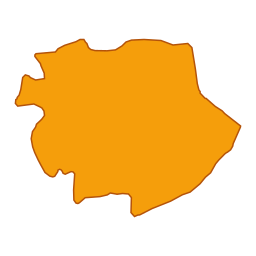 the district of San Rafael Las Flores, Santa Rosa, Guatemala
{"feature_id": "79465075B42432820540382", "entity_name": "San Rafael Las Flores", "entity_type": "district", "adm_level": 2, "iso_a3": "GTM", "parent_name": "Guatemala", "parent_adm1": "Santa Rosa", "projection": "robinson", "projection_center": [-90.174, 14.448], "detail": "fine", "context": "isolated", "style": "filled", "palette": "amber", "viewbox_px": 256, "rotation_deg": 0, "n_neighbors": 0, "source": "geoboundaries", "source_scale": "gbopen_adm2", "svg_char_len": 1402}
<svg xmlns="http://www.w3.org/2000/svg" viewBox="0 0 256 256"><path d="M240.6,126.0L224.7,113.6L222.2,110.9L215.2,106.4L206.1,98.4L205.1,98.4L200.1,93.1L200.1,91.5L198.9,89.9L197.3,83.6L195.4,69.1L191.9,47.6L187.8,43.5L173.0,45.0L160.9,40.5L144.0,39.5L131.5,40.1L126.0,42.0L121.9,46.0L115.5,49.9L107.1,50.8L95.1,50.6L90.7,49.5L88.4,47.5L86.9,43.5L85.5,42.2L83.9,39.5L80.0,39.5L76.0,41.7L64.7,45.3L58.1,48.7L55.4,52.0L36.0,53.7L34.9,54.9L34.9,56.5L40.4,63.6L41.0,65.8L44.2,73.1L44.5,78.6L35.6,80.0L30.4,77.6L29.0,76.0L25.3,74.9L22.7,77.5L20.8,89.5L19.1,95.2L17.2,97.4L17.0,98.8L15.8,99.6L15.4,103.4L17.7,106.1L33.9,104.0L40.2,107.0L41.9,108.0L44.0,111.1L44.5,115.5L41.7,119.3L36.5,124.2L35.6,127.1L32.5,131.6L31.2,138.7L32.7,146.9L34.7,152.5L38.2,160.0L40.9,165.1L45.0,172.5L49.9,176.2L52.8,176.9L54.7,176.3L57.8,171.6L57.9,170.2L59.5,169.3L60.8,169.7L61.7,170.5L62.6,172.1L63.1,173.3L65.2,174.2L71.0,171.6L73.0,171.9L74.7,173.8L73.6,190.1L73.9,200.1L76.0,203.1L77.9,203.5L79.3,202.8L85.2,197.7L100.0,196.6L107.3,194.9L110.3,193.0L117.1,194.2L122.6,193.5L128.5,194.0L131.4,197.6L131.0,212.6L134.5,216.5L137.7,215.1L139.7,214.9L152.2,208.5L170.5,201.2L182.5,194.7L190.1,192.1L200.1,183.7L205.4,177.2L210.6,172.8L215.7,163.7L218.7,160.1L224.6,154.1L225.3,153.5L226.4,152.7L227.4,152.2L230.6,149.8L232.7,146.2L233.2,143.6L240.4,127.2L240.6,126.0Z" fill="#f59e0b" stroke="#b45309" stroke-width="1.5"/></svg>